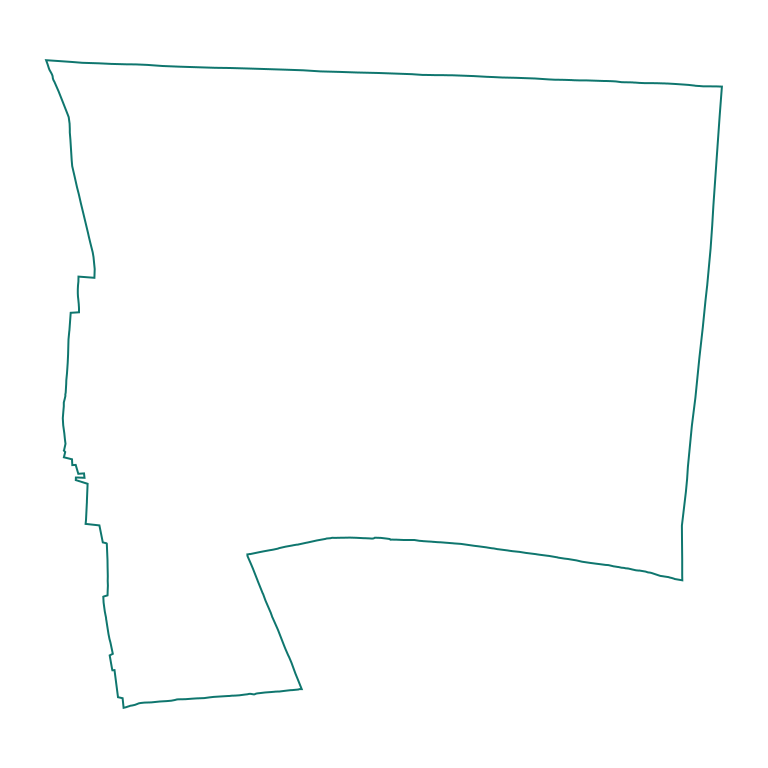 outline of Thawi Watthana, Bangkok Metropolis, Thailand
{"feature_id": "78962969B31670435766777", "entity_name": "Thawi Watthana", "entity_type": "district", "adm_level": 2, "iso_a3": "THA", "parent_name": "Thailand", "parent_adm1": "Bangkok Metropolis", "projection": "natural_earth1", "projection_center": [100.363, 13.77], "detail": "fine", "context": "isolated", "style": "outline", "palette": "teal", "viewbox_px": 768, "rotation_deg": 0, "n_neighbors": 0, "source": "geoboundaries", "source_scale": "gbopen_adm2", "svg_char_len": 5837}
<svg xmlns="http://www.w3.org/2000/svg" viewBox="0 0 768 768"><path d="M682.3,580.3L682.2,575.8L682.2,559.8L682.0,539.6L681.9,525.6L685.9,491.8L687.1,479.1L687.9,466.8L691.9,425.5L695.4,397.7L699.4,357.7L702.8,327.4L705.5,300.4L707.1,286.1L707.2,285.6L707.2,285.3L710.6,248.5L712.2,225.7L713.4,205.4L716.6,159.4L719.6,116.8L721.9,86.6L716.4,86.4L715.6,86.4L714.5,86.4L705.5,86.3L702.9,86.3L700.3,86.1L699.6,86.0L698.8,86.0L695.9,85.8L695.0,85.7L694.7,85.6L688.4,84.9L684.4,84.6L682.9,84.5L675.6,84.0L667.0,83.5L666.5,83.5L665.9,83.5L664.3,83.4L663.9,83.4L663.1,83.4L656.8,83.2L655.8,83.2L650.3,83.1L644.1,83.1L639.2,82.9L635.6,82.6L635.0,82.6L633.2,82.5L632.6,82.4L621.8,82.2L615.6,81.4L615.3,81.4L615.0,81.4L614.4,81.3L613.8,81.3L612.0,81.2L606.3,81.0L605.5,81.0L605.1,81.0L604.1,81.0L586.3,80.4L585.8,80.4L585.5,80.4L584.8,80.4L584.6,80.4L584.3,80.4L583.7,80.4L579.5,80.4L572.9,80.2L571.9,80.1L565.6,79.9L564.4,79.9L562.5,79.8L561.7,79.8L554.5,79.7L548.5,79.4L535.1,78.5L523.9,78.1L515.8,77.8L502.0,77.5L494.1,77.1L486.5,76.8L474.1,76.1L452.9,75.3L444.4,75.2L443.3,75.1L442.3,75.1L434.1,75.1L429.7,75.0L422.1,74.9L420.8,74.8L413.5,74.3L412.4,74.2L378.8,73.0L357.0,72.5L339.4,71.9L320.5,71.4L303.3,70.3L285.9,69.7L260.6,68.9L247.6,68.5L230.0,68.0L215.0,67.8L199.3,67.3L180.1,66.7L162.5,66.0L147.3,64.9L135.7,64.4L125.9,64.3L111.0,63.9L98.6,63.3L82.3,62.8L79.8,62.6L72.4,62.0L59.5,61.1L46.1,60.2L47.6,64.3L48.9,68.4L49.5,69.9L51.3,73.1L52.0,74.5L52.5,75.8L52.7,76.9L52.8,78.1L53.1,79.1L53.5,80.2L54.4,81.8L58.6,91.4L62.6,101.5L67.9,115.0L68.6,116.9L68.7,117.1L69.6,123.7L69.8,128.9L69.8,132.5L70.4,139.6L71.7,160.4L72.2,166.1L74.6,176.5L77.0,187.2L78.8,194.2L80.8,203.0L83.3,213.3L85.1,220.8L88.0,232.9L88.7,236.1L90.3,242.8L92.7,252.3L93.5,257.0L94.7,269.1L94.4,277.8L78.5,276.6L78.4,281.6L78.0,285.5L77.8,289.4L77.8,293.3L77.9,295.2L78.0,296.9L78.2,298.5L78.3,299.5L78.4,300.4L78.6,302.6L78.7,303.2L78.7,303.8L78.8,304.5L78.8,305.4L78.9,306.4L79.0,308.5L79.0,312.3L70.7,312.8L69.4,330.6L69.3,331.1L68.5,339.4L68.3,346.5L68.1,354.2L67.7,362.9L67.0,373.2L66.3,380.4L66.2,384.0L65.7,392.5L65.3,394.7L65.4,395.8L65.3,396.4L64.7,399.0L63.8,402.5L63.8,402.9L63.8,406.3L63.4,410.8L62.8,418.2L63.2,425.2L64.3,433.2L64.9,439.1L65.5,443.8L64.3,449.2L64.1,450.2L64.0,450.4L63.9,450.5L64.0,450.7L65.2,452.0L65.1,452.4L63.9,457.3L68.0,458.3L72.0,459.3L72.3,465.1L75.7,464.9L78.3,473.8L84.0,473.4L84.5,477.8L77.1,477.5L75.9,477.5L75.8,480.1L87.6,483.8L86.9,501.1L86.9,502.3L86.8,503.8L86.0,520.1L85.6,523.9L99.4,525.4L102.8,542.4L105.8,543.1L106.5,543.3L106.8,543.7L107.5,560.2L107.6,567.4L107.8,576.2L107.7,580.8L107.9,585.7L107.7,590.1L107.6,593.0L107.6,594.1L107.5,595.4L106.1,595.8L104.3,596.3L103.3,596.7L103.6,602.6L104.8,611.5L105.5,615.1L105.6,615.6L106.0,617.5L106.2,619.7L106.4,620.5L106.8,623.2L108.5,634.1L109.5,639.1L110.3,642.0L110.6,643.3L112.8,653.8L109.7,655.4L111.1,663.5L112.2,669.6L112.4,670.3L114.5,670.1L118.0,697.2L122.6,698.2L123.6,707.8L126.1,707.2L128.4,706.4L129.2,706.2L129.9,705.9L130.6,705.7L132.1,705.5L134.3,705.0L135.1,704.8L137.7,703.8L138.6,703.4L139.1,703.3L140.0,703.1L141.6,702.9L144.4,702.6L151.1,702.4L152.1,702.3L159.8,701.5L166.7,701.1L171.3,700.7L174.9,700.0L177.1,699.4L179.7,699.3L185.3,699.2L191.9,698.7L196.4,698.4L204.2,698.1L209.3,697.4L213.7,696.9L220.0,696.5L228.2,696.0L229.2,696.0L231.8,695.7L235.1,695.6L239.4,695.3L244.6,694.6L247.3,694.3L247.8,694.2L249.0,693.9L251.0,693.9L251.4,694.0L253.9,694.4L254.6,694.3L255.9,693.7L257.2,693.4L260.8,693.0L264.9,692.5L271.6,692.0L272.7,691.9L273.9,691.8L275.9,691.6L279.5,691.5L285.1,690.8L289.4,690.3L291.3,690.1L292.3,690.1L298.4,689.5L299.4,689.1L301.7,689.1L297.2,677.9L296.9,677.2L295.4,673.5L291.5,662.8L289.1,657.1L288.1,655.1L286.1,650.5L285.7,649.6L284.4,646.4L278.1,630.2L277.9,629.7L272.5,617.5L272.3,617.2L271.6,615.1L271.1,613.8L270.9,613.1L265.5,600.6L263.1,594.0L262.6,593.1L257.5,580.4L257.5,580.2L257.3,579.8L253.3,569.6L253.0,568.8L250.8,563.6L247.6,556.3L247.4,555.5L247.4,555.0L247.4,554.4L248.0,554.4L249.7,554.0L250.1,554.1L254.9,553.1L260.2,552.0L262.3,551.6L262.7,551.5L269.3,550.3L270.4,550.1L271.2,550.0L273.4,549.6L278.0,548.6L278.4,548.4L279.3,548.1L279.7,548.0L285.0,546.8L285.4,546.7L292.7,545.4L293.0,545.3L296.5,544.7L298.0,544.6L298.7,544.4L298.9,544.3L299.2,544.3L306.5,542.7L307.2,542.6L316.2,540.6L316.6,540.5L325.5,538.9L326.3,538.6L326.7,538.5L330.5,538.2L331.6,537.9L332.3,537.8L335.7,537.9L337.6,537.8L344.9,537.7L349.8,537.6L356.4,537.8L363.9,538.2L365.0,538.2L369.4,538.4L372.1,538.6L373.6,538.4L374.2,538.1L374.9,537.7L380.9,537.9L386.0,538.5L386.8,538.6L389.7,539.0L390.2,539.3L390.3,539.6L390.5,539.7L391.8,539.6L396.6,539.7L396.9,539.7L403.6,540.0L407.2,540.0L407.7,540.0L414.4,540.0L418.7,540.7L419.3,540.8L421.9,541.0L423.8,541.2L424.1,541.2L428.6,541.5L430.6,541.6L431.5,541.7L432.0,541.7L433.3,541.9L433.6,541.8L434.2,541.9L437.8,542.2L440.7,542.3L453.2,543.3L453.9,543.4L461.0,543.9L474.2,545.8L478.4,546.3L486.7,547.4L487.1,547.5L491.4,548.2L493.1,548.4L493.6,548.4L497.7,549.2L498.0,549.2L508.1,550.5L508.5,550.6L511.2,551.0L511.6,551.0L511.8,551.1L518.7,551.8L519.0,551.8L526.4,553.0L526.6,553.0L536.3,554.2L536.6,554.3L540.1,554.8L540.9,554.9L547.9,555.8L548.9,555.9L557.6,557.4L558.0,557.6L564.5,558.6L568.0,559.0L571.6,559.6L576.5,560.4L582.0,561.7L590.1,562.9L593.2,563.3L595.4,563.6L600.2,564.2L605.4,564.9L608.4,565.1L610.6,565.6L613.9,566.4L614.2,566.4L618.0,567.0L618.4,567.0L621.5,567.7L624.0,567.9L625.7,568.3L626.0,568.3L627.5,568.5L627.7,568.4L631.2,569.2L631.5,569.3L635.5,570.2L636.0,570.3L638.8,570.6L639.1,570.5L641.5,570.9L645.7,571.6L645.9,571.7L648.0,572.4L649.9,572.6L650.4,572.7L651.6,573.0L660.0,575.8L660.3,575.9L663.2,576.3L663.7,576.4L668.4,577.1L668.7,577.1L669.2,577.4L671.8,578.0L674.1,578.7L674.7,579.0L682.3,580.3Z" fill="none" stroke="#0f766e" stroke-width="2"/></svg>